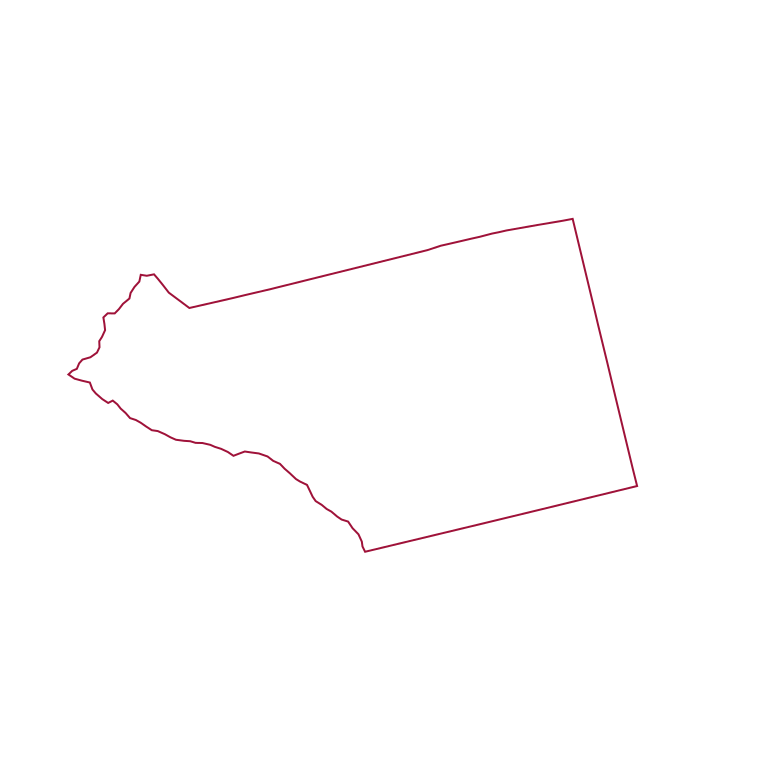 Glória de Dourados, Mato Grosso do Sul, Brazil (orthographic projection), rotated 144°
{"feature_id": "56859067B89465609362006", "entity_name": "Glória de Dourados", "entity_type": "district", "adm_level": 2, "iso_a3": "BRA", "parent_name": "Brazil", "parent_adm1": "Mato Grosso do Sul", "projection": "orthographic", "projection_center": [-54.122, -22.429], "detail": "fine", "context": "isolated", "style": "outline", "palette": "rose", "viewbox_px": 768, "rotation_deg": 144, "n_neighbors": 0, "source": "geoboundaries", "source_scale": "gbopen_adm2", "svg_char_len": 1462}
<svg xmlns="http://www.w3.org/2000/svg" viewBox="0 0 768 768"><g transform="rotate(144 384 384)"><path d="M239.2,152.7L232.1,170.3L204.4,237.4L190.5,270.8L176.1,305.9L169.6,321.4L134.3,406.7L143.2,410.9L166.5,422.5L194.6,436.2L202.1,439.4L208.2,442.2L220.0,446.8L228.3,450.4L239.0,454.9L250.3,459.7L256.8,462.5L270.2,466.8L414.7,525.3L419.7,527.3L444.4,537.7L455.8,542.4L496.8,559.9L504.4,584.4L504.7,593.9L505.1,601.9L505.6,607.9L512.3,611.0L516.6,615.3L521.7,610.7L528.8,609.2L535.5,606.6L539.7,602.8L548.0,602.3L554.4,600.4L560.4,599.4L566.0,603.6L571.9,602.8L574.9,596.9L578.0,591.5L584.4,587.9L589.2,586.0L592.6,580.9L597.8,578.1L605.8,578.2L613.6,581.0L618.5,579.9L623.6,576.8L628.5,577.9L633.7,577.2L631.2,570.2L626.4,564.2L621.1,558.1L623.1,550.9L622.7,545.7L620.8,537.4L618.3,530.8L613.2,530.0L611.7,524.3L611.5,518.9L610.1,512.4L609.5,505.7L605.9,500.7L603.6,495.7L601.5,489.6L599.0,483.1L594.7,478.9L590.8,472.2L588.1,466.4L585.1,461.2L579.1,455.5L574.4,451.6L571.0,447.1L565.6,443.0L560.3,436.9L557.8,432.6L553.9,427.3L550.3,420.8L548.0,414.4L542.0,412.8L536.3,411.2L531.5,406.5L526.1,401.4L520.8,393.8L518.8,386.9L515.1,380.5L514.2,373.8L512.7,367.4L511.1,358.9L509.3,354.5L505.6,347.6L506.9,340.5L508.0,334.7L508.1,329.4L505.4,322.7L503.9,316.7L501.6,311.7L499.8,304.3L498.0,299.3L493.9,293.8L494.2,285.8L493.0,277.4L494.6,269.5L496.9,265.2L497.9,259.4L381.1,211.0L328.9,189.5L239.2,152.7Z" fill="none" stroke="#9f1239" stroke-width="2"/></g></svg>